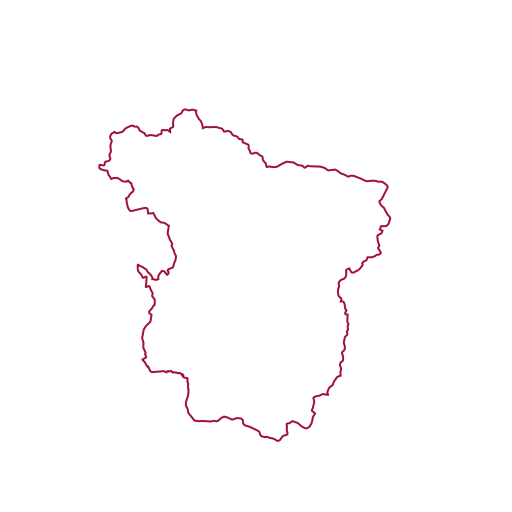 outline of Tuong Duong, Nghệ An, Vietnam, rotated 332°
{"feature_id": "81297802B26083936626584", "entity_name": "Tuong Duong", "entity_type": "district", "adm_level": 2, "iso_a3": "VNM", "parent_name": "Vietnam", "parent_adm1": "Nghệ An", "projection": "robinson", "projection_center": [104.534, 19.32], "detail": "fine", "context": "isolated", "style": "outline", "palette": "rose", "viewbox_px": 512, "rotation_deg": 332, "n_neighbors": 0, "source": "geoboundaries", "source_scale": "gbopen_adm2", "svg_char_len": 6121}
<svg xmlns="http://www.w3.org/2000/svg" viewBox="0 0 512 512"><g transform="rotate(332 256 256)"><path d="M404.7,254.7L403.3,251.5L402.0,249.5L398.6,247.6L397.1,246.0L394.7,244.4L389.1,242.1L387.1,240.1L385.5,237.6L379.7,230.9L377.5,229.6L375.2,229.4L374.6,229.1L372.0,225.4L369.6,222.8L368.0,219.1L366.4,216.8L360.4,214.5L359.6,213.8L357.8,210.3L354.8,207.3L345.8,202.1L344.1,200.5L341.0,201.1L340.2,200.7L339.4,198.1L335.4,195.1L333.1,191.1L327.3,187.1L322.2,186.8L317.0,187.1L315.6,186.8L312.5,185.4L309.6,183.0L309.0,183.1L307.3,182.4L307.3,181.0L308.1,179.0L307.3,175.7L307.2,174.2L308.2,171.9L308.3,171.1L306.5,168.4L305.4,165.6L304.5,164.8L303.6,164.5L300.7,163.9L299.4,162.6L299.9,160.5L300.0,157.2L301.2,155.5L301.4,154.9L301.4,154.0L297.7,149.4L297.7,148.9L298.7,147.4L298.6,146.8L296.1,144.8L295.4,141.6L292.5,138.8L292.2,138.2L291.9,134.5L289.9,132.4L286.2,131.2L285.9,127.7L281.2,123.3L275.9,120.7L272.5,118.7L271.4,118.3L269.1,118.2L270.4,114.1L270.6,111.1L269.9,107.8L269.8,103.1L270.5,101.1L271.5,99.5L270.8,99.2L269.5,97.6L268.4,96.8L265.1,96.0L263.0,93.8L261.8,93.1L260.8,93.0L259.5,93.3L257.4,94.7L256.2,95.1L252.4,94.8L248.3,96.0L247.1,96.9L245.1,99.6L243.9,102.6L243.4,103.2L239.8,103.1L238.5,106.1L237.0,103.2L234.7,102.4L233.4,101.2L232.2,100.7L231.5,101.1L230.1,103.4L229.4,103.8L227.2,103.1L224.6,103.4L220.2,100.0L218.8,99.4L216.3,98.8L215.3,98.1L215.1,95.1L212.5,91.2L212.2,90.4L212.4,88.1L211.9,86.3L211.3,85.7L209.2,84.5L208.6,83.2L208.0,82.7L206.1,82.3L201.1,82.0L197.3,83.4L195.6,83.5L191.8,82.6L190.3,81.8L189.8,81.3L189.4,80.0L186.4,80.2L185.4,80.4L183.4,81.9L182.6,83.6L182.8,85.4L182.6,86.9L179.3,90.0L176.9,95.8L174.7,97.3L173.8,98.3L173.0,101.9L171.8,102.7L170.4,102.9L167.2,102.0L164.7,104.6L163.8,104.4L161.1,102.3L160.5,102.2L159.4,103.9L159.0,105.1L159.9,106.7L162.2,109.1L164.6,110.7L164.6,112.0L163.8,115.2L164.3,117.3L164.4,120.0L166.9,120.3L169.8,121.7L171.3,123.4L172.9,126.7L174.5,128.4L177.0,129.7L178.0,129.3L178.6,129.5L179.2,132.2L180.1,133.1L179.3,135.8L179.5,137.3L179.0,137.9L179.4,139.5L178.7,140.6L177.0,141.5L175.3,141.6L174.4,142.2L173.5,142.3L171.1,144.0L168.4,144.1L168.0,144.3L168.1,145.9L167.2,147.2L166.5,150.2L166.0,151.1L165.6,154.2L166.1,157.0L166.9,157.7L168.1,158.1L179.0,160.9L181.0,161.6L182.1,162.6L182.3,164.1L181.4,165.8L180.8,167.9L181.3,167.9L183.7,169.4L185.4,169.7L185.6,171.2L185.4,175.5L186.6,179.2L187.9,181.8L189.8,182.9L191.8,185.6L192.5,187.3L193.3,188.3L189.4,193.4L188.3,195.2L188.2,198.0L187.6,201.4L187.9,204.1L187.6,206.4L186.1,207.4L186.2,208.7L185.9,210.4L186.2,212.3L185.4,215.0L185.3,218.7L183.1,221.7L179.9,224.3L177.5,227.0L176.0,227.1L173.1,226.6L172.0,226.7L171.2,227.2L171.3,228.8L171.0,229.0L170.9,230.0L170.0,230.6L168.8,230.9L168.4,230.0L168.0,227.0L166.6,225.3L165.9,225.0L161.4,227.0L159.8,228.5L159.0,230.5L157.0,230.4L153.6,227.7L154.3,226.8L154.4,225.3L153.9,222.0L152.9,219.4L152.8,216.6L150.6,212.4L148.8,210.3L147.8,208.3L147.5,208.3L146.1,210.5L144.9,213.8L145.0,215.0L146.0,218.5L145.8,221.9L146.2,222.3L149.1,222.5L149.5,223.3L145.8,229.3L144.2,231.4L144.4,231.8L147.2,232.2L147.7,232.8L147.2,236.9L147.3,240.0L147.1,240.7L145.5,242.5L146.1,247.1L143.6,251.5L141.7,252.0L139.3,253.5L135.8,254.7L135.4,255.1L135.0,256.5L136.1,259.0L131.9,264.5L126.4,266.0L123.0,267.8L122.2,268.4L117.0,274.9L116.6,276.3L116.1,279.4L113.4,284.1L113.2,289.5L111.9,290.6L111.8,293.3L111.0,294.0L107.2,294.1L107.1,294.8L108.1,297.8L107.9,300.2L108.2,302.8L108.9,303.0L108.5,308.0L109.3,309.3L110.4,310.1L120.2,314.2L121.4,315.3L122.4,316.8L123.2,316.2L124.4,316.2L124.8,317.1L125.2,317.3L126.9,317.5L127.4,318.2L127.7,319.8L129.0,320.1L129.9,321.0L131.0,321.4L132.0,323.0L133.3,323.2L134.4,324.4L134.6,325.9L135.6,325.9L135.9,327.2L135.6,327.7L134.9,327.9L134.9,328.6L135.8,329.9L137.9,331.4L138.0,332.0L137.5,332.5L137.3,333.5L136.4,334.6L136.4,336.5L133.9,340.8L133.9,342.1L133.2,342.8L132.5,344.6L131.6,345.5L131.3,346.3L130.1,347.8L127.2,350.4L125.4,352.4L123.9,355.1L123.8,359.1L122.6,362.7L124.2,371.2L124.8,372.8L128.4,375.3L130.7,376.2L138.6,381.0L141.3,381.7L143.7,383.5L145.8,383.6L149.2,382.7L152.4,382.8L155.0,385.2L157.8,388.9L158.7,389.5L163.1,390.1L166.1,392.1L166.7,392.7L167.3,394.6L167.0,396.1L166.1,397.4L166.1,398.8L166.7,400.3L170.5,404.1L176.0,411.7L176.3,412.4L176.3,413.4L175.9,415.1L175.9,416.9L176.4,418.0L178.4,419.6L178.6,420.0L181.0,421.0L182.6,422.9L185.8,425.6L188.1,429.3L188.9,429.7L190.8,429.7L194.5,427.8L195.5,427.6L199.9,428.3L200.8,426.8L201.2,424.7L203.3,421.0L203.7,419.5L204.5,418.6L207.4,419.3L210.7,418.9L214.5,423.2L216.0,427.1L217.1,429.2L218.8,431.4L219.8,431.9L222.7,432.0L226.0,430.2L229.1,427.0L230.1,425.3L234.3,422.7L232.8,419.3L232.9,418.5L234.9,416.8L239.0,412.1L240.0,408.4L240.6,407.9L242.9,408.0L246.5,409.1L249.9,409.1L254.4,412.4L254.6,412.2L254.7,410.4L255.1,409.8L256.7,408.2L259.2,406.5L263.1,405.9L265.8,403.5L270.6,401.1L271.4,400.9L274.6,401.4L275.7,398.6L278.2,395.5L279.0,391.5L280.6,389.8L283.6,389.2L284.2,388.6L285.9,385.0L286.2,382.6L286.8,381.4L289.6,380.7L290.7,379.7L292.1,377.5L292.5,374.8L293.4,372.9L296.5,369.3L299.5,368.3L300.3,367.2L300.6,365.5L301.1,365.0L302.5,364.5L304.0,360.9L305.5,359.8L305.6,358.2L306.2,356.1L309.4,350.8L307.9,349.7L307.7,349.1L307.8,348.3L310.3,346.5L309.9,345.1L311.7,339.8L311.8,337.8L310.8,336.4L309.5,335.9L310.9,334.6L311.3,333.4L310.3,330.6L310.3,329.3L311.4,326.3L312.3,324.8L313.2,323.6L315.2,321.8L316.3,318.6L318.1,317.5L319.8,317.0L323.0,317.4L324.8,316.9L326.4,315.6L328.6,311.5L329.2,310.7L329.8,310.5L332.6,310.8L332.5,314.2L332.7,315.1L333.1,315.9L334.7,316.5L337.6,316.3L339.1,316.6L341.7,316.0L345.2,314.4L346.2,313.5L346.2,312.6L347.8,311.4L351.0,311.7L352.4,311.0L353.9,309.5L357.7,311.5L360.8,312.0L362.8,311.6L365.0,312.4L367.5,312.1L367.9,311.1L367.5,306.2L369.8,304.8L370.6,299.7L372.3,295.7L373.3,294.8L377.3,294.9L379.2,293.4L379.5,293.1L378.6,292.1L377.8,290.6L380.5,288.4L385.0,290.8L388.0,289.9L392.1,286.0L392.4,284.5L391.6,281.0L391.5,273.1L390.7,271.4L390.1,268.7L390.4,265.9L390.7,265.6L393.7,264.8L404.2,257.4L404.9,256.4L404.7,254.7Z" fill="none" stroke="#9f1239" stroke-width="2"/></g></svg>